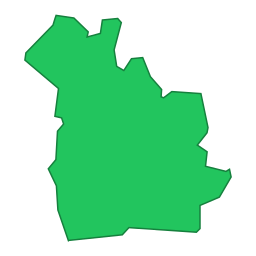 the district of Uror, Jonglei, South Sudan
{"feature_id": "79223893B11973303944142", "entity_name": "Uror", "entity_type": "district", "adm_level": 2, "iso_a3": "SSD", "parent_name": "South Sudan", "parent_adm1": "Jonglei", "projection": "albers", "projection_center": [32.126, 7.693], "detail": "fine", "context": "isolated", "style": "filled", "palette": "green", "viewbox_px": 256, "rotation_deg": 0, "n_neighbors": 0, "source": "geoboundaries", "source_scale": "gbopen_adm2", "svg_char_len": 687}
<svg xmlns="http://www.w3.org/2000/svg" viewBox="0 0 256 256"><path d="M200.0,228.6L200.0,205.4L219.4,197.1L231.1,177.0L229.5,169.3L226.0,171.4L205.5,166.3L207.1,151.8L197.3,145.1L207.0,132.8L208.0,127.6L200.9,93.6L171.8,91.6L163.6,97.8L161.1,96.8L161.6,89.5L150.4,76.7L142.7,57.6L131.5,58.7L123.8,70.5L116.7,66.4L114.1,49.9L121.3,22.6L117.7,18.5L102.4,20.0L100.4,33.4L87.1,37.0L88.2,31.9L73.9,18.0L56.1,15.4L55.0,18.6L53.0,25.1L25.9,52.9L24.9,60.1L37.2,70.5L58.5,88.5L54.9,116.3L61.6,117.9L63.6,124.0L57.5,131.2L55.9,159.6L48.3,168.8L56.4,185.8L57.9,210.0L68.4,240.6L68.6,240.4L122.3,234.8L128.9,227.6L196.4,232.2L200.0,228.6Z" fill="#22c55e" stroke="#15803d" stroke-width="1.5"/></svg>